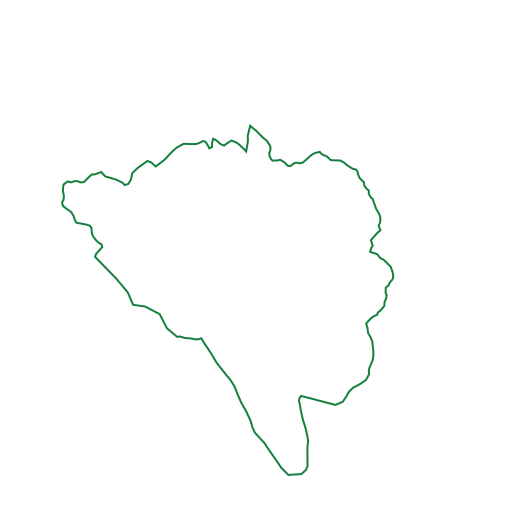 outline of Queimada Nova, Piauí, Brazil, rotated 315°
{"feature_id": "56859067B87224566321312", "entity_name": "Queimada Nova", "entity_type": "district", "adm_level": 2, "iso_a3": "BRA", "parent_name": "Brazil", "parent_adm1": "Piauí", "projection": "natural_earth1", "projection_center": [-41.328, -8.508], "detail": "fine", "context": "isolated", "style": "outline", "palette": "green", "viewbox_px": 512, "rotation_deg": 315, "n_neighbors": 0, "source": "geoboundaries", "source_scale": "gbopen_adm2", "svg_char_len": 3081}
<svg xmlns="http://www.w3.org/2000/svg" viewBox="0 0 512 512"><g transform="rotate(315 256 256)"><path d="M344.0,159.8L340.0,162.2L335.1,165.2L331.5,169.1L323.0,175.1L323.2,172.4L323.0,168.7L322.9,164.9L322.3,161.5L320.2,156.9L314.3,155.7L311.6,155.4L310.2,152.4L309.8,146.5L308.6,142.8L304.8,145.1L301.9,147.9L299.1,146.8L300.2,143.7L301.0,139.5L299.8,137.2L295.3,135.9L292.4,134.1L289.3,131.0L286.4,127.9L284.3,125.6L281.5,124.7L276.3,123.3L270.9,122.9L266.6,123.0L259.7,123.3L248.4,121.8L248.0,115.6L246.4,112.0L234.7,110.1L227.3,109.9L221.4,113.6L216.6,114.7L213.3,113.0L213.4,109.6L211.0,102.8L205.7,93.2L205.9,87.1L199.9,84.4L197.2,82.1L194.6,82.1L191.5,82.0L186.7,82.1L183.9,79.9L182.5,76.5L179.9,74.3L177.7,73.5L175.6,70.2L173.2,69.7L170.5,69.4L166.6,72.2L164.7,74.5L163.4,76.7L161.9,78.3L159.6,80.2L157.0,80.8L154.9,83.9L155.4,88.5L156.0,91.6L156.4,94.2L155.3,98.8L153.5,102.1L152.5,105.4L158.6,114.4L159.9,117.1L159.5,119.7L157.0,122.7L155.4,124.8L154.5,128.3L154.1,131.0L154.0,134.7L155.0,138.6L153.6,141.0L147.9,141.3L144.6,141.4L141.6,142.7L141.2,173.2L139.6,191.0L134.6,203.6L141.8,213.2L146.8,229.0L141.9,244.2L143.1,257.5L145.0,258.8L146.4,261.1L147.5,263.4L149.6,265.9L151.4,267.9L153.1,270.5L154.8,272.8L157.2,274.6L159.1,275.5L157.7,281.3L155.5,292.6L152.7,303.5L151.7,311.8L150.7,320.2L150.4,324.8L148.7,332.7L146.8,337.0L145.2,340.8L141.9,349.2L139.2,359.0L135.6,368.8L132.1,375.1L130.3,380.1L129.6,395.1L128.9,397.6L125.8,414.9L124.1,423.7L124.1,433.7L133.9,442.3L139.9,442.6L143.8,441.1L157.5,427.2L161.7,424.1L163.8,421.3L165.4,419.0L168.8,413.6L170.9,409.7L173.5,404.7L175.7,401.3L179.1,396.0L182.2,391.7L183.9,388.9L185.8,387.4L188.9,386.8L193.2,394.0L198.0,402.3L202.5,410.0L205.2,414.6L206.8,417.4L211.6,419.4L214.3,420.4L220.7,419.2L225.3,417.7L231.7,417.8L236.7,419.5L240.8,420.5L245.8,421.3L247.9,421.0L252.3,419.5L254.8,416.8L256.9,415.4L262.8,413.0L265.4,411.8L267.8,410.1L272.1,405.8L277.7,398.7L279.4,395.1L280.8,389.7L283.9,385.8L286.1,381.6L293.5,381.3L297.6,382.2L299.9,383.2L302.2,382.2L306.4,382.5L311.5,382.0L314.2,379.6L318.3,377.8L320.6,376.2L321.6,373.7L325.4,370.1L329.3,370.5L331.2,369.6L333.3,369.2L335.8,369.1L338.3,367.9L341.1,364.2L343.7,358.7L343.6,348.9L342.4,345.3L343.0,340.5L341.3,337.0L339.6,333.8L342.3,332.2L345.8,331.2L348.4,326.1L358.8,325.4L362.1,325.8L364.2,321.3L367.9,319.8L370.2,317.7L371.8,315.6L372.8,313.3L374.3,307.6L378.8,298.2L378.6,295.7L379.8,291.7L382.0,289.6L381.8,286.2L382.3,282.8L384.5,280.1L384.4,276.7L384.5,273.7L386.1,270.2L387.5,267.9L387.9,265.5L386.3,263.4L385.5,260.6L385.0,257.9L384.5,255.7L384.3,252.0L383.1,248.0L378.2,242.9L376.6,240.7L376.7,237.8L376.4,235.4L375.5,233.3L374.5,230.5L374.7,227.5L370.5,224.9L368.4,224.2L366.2,223.7L361.8,223.5L358.5,223.3L354.9,223.0L352.4,221.2L350.9,219.0L349.3,217.6L347.2,217.2L343.8,216.7L342.2,214.5L342.3,210.0L341.2,205.1L338.7,203.6L335.1,200.2L335.2,197.8L336.1,195.4L337.9,192.7L339.9,191.9L342.2,190.4L343.9,188.1L345.1,182.3L344.6,177.1L344.6,172.7L344.7,168.2L344.2,163.2L344.0,159.8Z" fill="none" stroke="#15803d" stroke-width="2"/></g></svg>